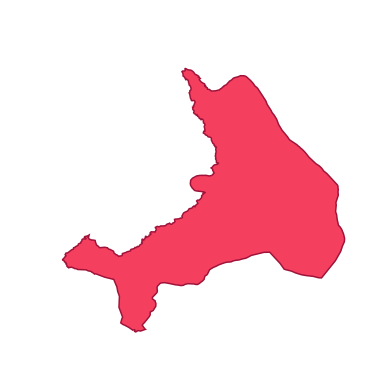 the district of Tsorona, Debub, Eritrea, rotated 75°
{"feature_id": "51966322B5421024020858", "entity_name": "Tsorona", "entity_type": "district", "adm_level": 2, "iso_a3": "ERI", "parent_name": "Eritrea", "parent_adm1": "Debub", "projection": "mercator", "projection_center": [39.222, 14.605], "detail": "fine", "context": "isolated", "style": "filled", "palette": "rose", "viewbox_px": 384, "rotation_deg": 75, "n_neighbors": 0, "source": "geoboundaries", "source_scale": "gbopen_adm2", "svg_char_len": 6046}
<svg xmlns="http://www.w3.org/2000/svg" viewBox="0 0 384 384"><g transform="rotate(75 192 192)"><path d="M224.3,49.5L222.9,49.7L209.0,57.0L205.9,59.3L202.5,60.6L199.7,62.3L196.9,64.9L188.8,69.9L183.1,72.4L179.3,74.5L177.7,75.8L176.5,76.3L175.2,77.4L173.5,78.4L167.3,83.9L165.6,84.8L163.7,85.3L155.5,89.1L149.0,90.9L143.6,91.4L138.9,92.8L136.0,94.1L133.7,94.5L126.9,96.7L123.1,97.1L109.0,101.7L107.5,102.5L106.3,103.6L102.7,104.9L99.6,106.5L95.2,109.3L94.0,110.3L93.2,111.7L92.2,115.0L92.6,117.5L92.6,121.6L92.9,122.9L94.0,124.7L94.6,127.0L97.3,131.1L97.6,133.0L97.9,133.9L98.4,134.3L98.6,135.4L99.5,136.5L99.7,137.8L100.4,139.0L100.4,142.9L99.6,146.7L99.0,147.5L97.4,148.7L96.8,150.3L95.3,150.3L94.5,151.3L93.9,151.2L93.5,152.0L93.0,152.3L92.6,152.2L92.4,151.5L91.7,152.0L91.0,151.9L90.5,152.1L90.0,152.9L88.0,154.7L85.7,155.8L85.0,155.8L84.5,154.6L83.5,155.3L83.1,155.3L82.6,156.1L82.0,155.6L81.7,155.7L79.8,157.5L79.4,158.3L78.0,159.0L76.6,159.4L74.6,160.9L73.8,161.9L73.3,163.5L72.5,164.8L71.2,166.0L71.0,166.6L71.3,167.0L72.1,166.8L72.7,167.1L73.2,167.8L72.7,169.9L73.2,170.6L74.2,170.2L75.7,170.1L77.7,170.6L79.0,169.5L81.8,169.0L81.5,168.0L82.5,167.6L82.9,166.9L83.4,166.7L85.3,167.0L86.5,166.8L87.8,167.1L88.7,166.4L90.4,166.1L91.8,166.1L93.0,166.6L93.6,167.9L94.8,168.1L95.4,169.1L97.5,168.9L100.9,169.2L101.7,169.1L102.1,168.8L103.5,168.9L103.9,168.2L104.1,166.3L104.5,166.0L106.2,165.7L107.1,166.7L108.3,167.3L109.0,168.3L110.1,168.3L110.4,168.6L110.2,169.5L112.7,169.8L113.9,169.0L114.4,169.0L115.8,169.9L117.0,169.5L117.7,168.4L119.0,168.0L118.8,167.3L119.0,166.9L120.4,166.9L121.2,166.1L122.9,165.8L123.7,164.7L124.4,164.7L124.5,164.3L124.0,163.7L124.3,163.2L125.7,162.4L126.6,162.8L128.4,163.0L128.9,162.2L130.4,162.1L130.8,162.2L131.6,163.1L132.2,163.3L134.9,163.3L135.6,163.8L136.4,163.6L136.7,163.9L136.4,164.6L136.5,165.0L137.9,165.8L139.4,164.4L140.3,164.2L141.2,162.9L142.9,162.1L143.8,160.2L144.7,159.5L145.5,159.4L146.8,159.9L150.6,159.2L151.4,158.4L151.8,158.3L152.5,158.6L153.5,157.9L154.1,158.1L154.6,157.8L154.7,157.1L154.9,156.9L156.8,158.0L159.5,158.3L161.5,159.5L162.4,159.5L163.2,160.2L165.3,160.1L166.1,160.7L167.9,160.3L169.6,160.8L170.0,160.7L170.6,159.4L171.0,159.1L171.5,159.7L171.8,160.5L171.6,162.7L171.9,164.2L173.3,166.0L173.7,167.3L175.5,166.1L176.6,166.4L178.5,165.8L179.5,165.9L179.5,166.5L180.3,166.9L181.1,168.6L181.0,171.2L179.7,173.7L178.3,178.8L177.9,180.8L177.7,183.5L178.8,188.0L180.2,190.1L181.0,190.5L183.6,191.5L185.2,191.6L188.4,190.7L189.2,190.1L190.2,189.7L191.3,188.9L192.2,187.3L194.5,181.5L195.2,180.2L195.9,179.5L196.2,179.8L196.1,180.2L196.4,180.6L196.0,181.4L196.1,181.8L197.1,181.7L197.8,183.3L198.3,183.8L199.1,183.8L200.0,184.3L201.4,186.5L201.7,187.4L201.3,188.5L201.5,189.3L201.9,189.9L204.2,189.2L204.6,189.3L205.5,191.4L207.0,192.8L206.9,193.2L206.1,193.4L206.0,193.7L206.7,195.3L207.6,196.3L207.4,199.0L209.2,201.1L209.7,204.2L210.1,205.6L212.7,208.0L213.9,207.8L214.3,208.1L214.5,208.8L214.2,209.8L214.5,211.8L213.9,215.0L213.9,216.0L216.2,216.1L217.0,217.5L216.9,218.3L217.8,219.8L217.7,220.9L216.3,221.7L216.6,223.2L216.5,224.3L217.5,226.1L217.6,227.4L216.7,231.1L217.1,232.7L216.2,234.6L216.7,236.6L217.3,236.6L218.1,236.1L219.1,236.3L219.6,236.6L220.1,237.3L221.0,237.9L219.9,241.8L220.4,242.8L220.9,243.2L221.8,242.6L222.4,242.8L222.6,244.5L223.5,245.0L224.0,247.5L223.0,247.8L222.8,248.3L223.4,248.8L224.7,249.2L225.3,250.5L226.0,251.1L225.1,251.6L224.7,252.1L224.8,252.5L225.8,252.9L226.7,252.9L227.5,253.7L228.4,253.2L228.8,253.5L229.6,255.9L230.5,256.9L230.9,258.0L230.5,258.6L230.5,259.0L231.2,260.1L230.8,261.5L231.5,262.0L231.7,264.1L231.6,265.6L232.0,266.3L232.8,266.5L233.0,267.1L232.9,270.3L233.3,271.4L233.4,274.8L233.7,275.4L234.7,275.4L235.5,276.7L235.1,278.2L235.2,279.4L233.4,280.7L232.7,281.7L230.8,283.1L229.0,283.1L228.6,283.4L226.1,286.2L225.7,287.2L224.0,288.1L222.8,290.5L221.9,295.6L219.4,297.1L218.7,297.9L215.6,298.2L213.7,298.1L212.6,300.4L212.6,301.3L211.7,302.1L211.4,303.1L210.8,303.5L209.4,303.7L209.0,304.1L208.3,303.3L206.9,302.5L207.4,304.2L207.3,307.1L207.8,307.7L209.3,306.4L209.8,306.8L209.1,309.4L209.4,310.5L210.5,310.9L211.6,312.3L212.5,312.7L212.6,314.6L213.0,315.3L214.1,316.0L214.7,318.9L215.2,319.2L215.3,319.7L215.2,320.8L216.6,321.5L216.5,322.6L216.9,323.8L218.6,327.8L218.4,329.6L219.3,330.2L219.4,330.6L219.8,330.8L220.8,330.3L221.7,330.9L221.9,331.9L222.6,332.5L223.0,333.2L223.3,333.4L223.4,334.1L223.7,334.4L224.3,334.5L225.6,333.2L226.6,333.2L227.2,332.2L227.8,332.5L228.6,331.9L229.0,332.3L230.6,331.8L231.4,332.0L232.3,331.6L232.4,331.1L233.4,330.6L233.1,329.5L233.4,328.7L233.4,327.9L234.8,325.9L235.4,325.5L236.3,323.5L237.3,322.4L239.8,314.4L241.3,312.7L242.5,310.2L243.4,309.7L243.8,308.9L244.6,308.5L246.1,307.3L246.0,306.4L246.4,305.7L251.6,298.5L256.2,290.2L264.5,289.1L268.7,289.5L273.9,289.1L284.5,292.4L295.0,291.4L296.2,292.5L300.0,294.7L302.1,293.0L303.5,291.2L306.5,288.0L310.1,285.0L310.2,283.1L310.8,282.9L311.8,283.5L312.6,282.5L311.9,280.1L313.0,277.6L312.6,272.5L311.8,273.1L307.8,274.5L307.0,273.7L305.6,271.4L301.2,265.4L300.0,264.3L297.2,263.4L296.4,260.2L293.1,256.6L290.4,255.7L288.2,255.9L287.8,255.7L284.9,257.9L283.5,257.5L280.7,252.8L279.5,251.4L278.0,250.9L277.1,250.9L274.9,250.4L273.6,249.2L272.0,246.4L271.9,245.1L272.5,241.9L274.0,238.6L277.5,231.7L278.1,229.9L279.5,227.0L279.9,224.6L279.4,222.6L279.5,219.7L281.3,214.0L282.2,212.4L282.7,211.0L282.6,209.6L280.6,204.7L279.5,202.9L278.2,202.3L276.3,200.9L276.0,199.2L275.2,198.2L271.6,195.1L270.4,191.1L269.9,187.5L269.3,185.1L268.8,179.5L268.8,176.6L269.6,172.4L269.2,169.8L269.3,167.5L269.8,164.1L269.7,160.9L269.9,157.0L268.6,151.0L268.9,138.1L270.3,132.5L283.8,125.4L290.5,122.9L294.3,116.2L296.9,113.0L300.2,107.8L302.2,103.5L304.9,96.7L307.6,91.9L308.5,89.1L295.5,71.3L287.8,63.7L283.2,60.7L279.5,57.7L276.3,56.6L271.6,56.5L266.8,57.1L264.6,57.8L262.0,59.1L256.4,58.9L251.3,58.2L248.2,58.4L242.0,56.1L239.4,55.7L232.9,51.5L229.5,50.9L227.7,50.1L224.9,49.8L224.3,49.5Z" fill="#f43f5e" stroke="#9f1239" stroke-width="1.5"/></g></svg>